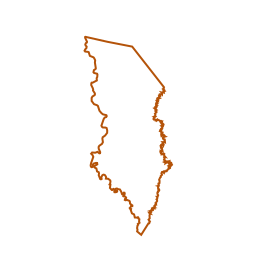 Puerto Guzmán, Putumayo, Colombia, rotated 242°
{"feature_id": "7082276B85477944676343", "entity_name": "Puerto Guzmán", "entity_type": "district", "adm_level": 2, "iso_a3": "COL", "parent_name": "Colombia", "parent_adm1": "Putumayo", "projection": "albers", "projection_center": [-76.142, 0.756], "detail": "fine", "context": "isolated", "style": "outline", "palette": "amber", "viewbox_px": 256, "rotation_deg": 242, "n_neighbors": 0, "source": "geoboundaries", "source_scale": "gbopen_adm2", "svg_char_len": 5781}
<svg xmlns="http://www.w3.org/2000/svg" viewBox="0 0 256 256"><g transform="rotate(242 128 128)"><path d="M32.4,87.5L27.5,89.5L34.2,101.3L33.9,102.0L34.9,103.1L35.5,103.1L35.5,103.4L37.4,103.1L38.0,104.7L40.8,106.0L41.5,106.9L42.0,106.9L41.9,107.2L42.5,107.1L41.9,107.7L42.7,107.6L42.8,108.4L43.3,108.2L43.2,108.7L43.7,108.6L43.8,109.6L44.1,109.3L44.0,109.7L44.5,109.7L44.6,110.8L45.2,111.1L44.6,111.5L45.0,111.6L44.6,111.9L44.7,112.8L45.3,112.9L45.0,113.3L45.6,113.2L45.4,113.8L45.8,113.5L46.2,114.9L46.7,114.8L46.7,115.2L47.6,116.2L47.2,116.8L48.4,117.1L48.2,117.4L49.1,117.9L49.8,119.4L50.6,119.8L51.6,119.7L51.9,120.6L52.8,121.3L53.8,121.2L53.5,121.9L54.5,123.1L55.8,123.0L56.8,123.4L57.1,124.1L57.4,124.0L58.1,124.8L58.3,125.4L58.0,125.9L58.5,126.5L59.6,126.5L59.8,126.2L60.2,126.5L60.5,126.2L61.6,126.7L61.6,126.3L62.4,127.8L62.7,127.5L62.6,128.0L63.8,128.4L64.1,129.1L64.7,129.0L64.7,130.0L66.6,131.1L67.6,131.1L69.1,133.0L69.3,133.9L70.2,134.3L70.7,136.1L72.3,136.2L73.2,137.4L72.9,138.2L72.6,137.6L72.6,138.2L72.1,138.4L72.9,139.3L72.7,139.7L71.9,139.5L72.5,140.4L71.8,141.6L72.3,142.0L72.0,142.6L72.8,143.7L72.9,146.3L73.9,146.7L74.1,147.1L73.6,147.0L74.0,147.3L74.4,146.6L73.9,145.5L74.3,145.5L74.6,146.4L75.5,146.0L75.5,147.3L76.0,147.9L74.6,148.5L74.9,149.6L75.8,149.6L76.1,148.8L77.1,149.7L77.6,149.2L76.5,148.4L76.7,148.2L79.2,149.2L79.2,148.7L77.3,147.4L77.8,147.3L79.4,148.2L79.8,147.9L79.9,147.2L78.9,147.1L79.4,146.3L79.3,144.7L79.7,145.1L80.1,144.7L80.2,145.1L80.8,144.5L80.7,145.5L81.3,145.7L81.8,144.9L82.5,145.3L83.1,144.9L84.0,146.1L85.3,146.1L85.5,147.0L85.2,147.3L86.6,147.0L88.2,147.8L88.4,147.7L88.0,147.4L88.9,145.3L89.4,145.7L89.3,146.3L90.3,145.2L91.1,145.6L90.5,145.8L90.6,146.0L91.5,146.1L92.1,145.8L91.7,145.6L91.9,145.4L92.6,146.0L92.9,145.4L92.5,146.9L92.0,146.4L91.7,147.2L92.0,147.4L91.7,147.7L94.1,148.4L94.7,148.2L95.1,148.5L94.4,148.6L94.6,148.8L95.7,148.4L95.6,148.0L96.9,148.4L96.8,148.9L97.5,149.2L97.6,149.7L97.2,150.0L96.8,149.7L97.2,150.2L96.9,150.7L95.8,150.8L96.6,151.7L97.2,151.5L97.7,151.9L98.0,151.7L97.5,151.3L98.3,151.4L98.3,152.4L99.2,152.1L98.5,153.4L98.9,153.9L98.4,154.1L100.5,155.0L101.0,154.2L101.7,154.0L102.1,154.4L102.5,154.0L103.0,154.2L103.1,155.2L104.0,155.5L103.2,156.0L103.0,156.9L103.6,156.5L104.1,156.7L105.0,156.4L105.3,155.3L105.2,153.8L106.4,154.1L106.7,155.4L107.1,155.2L107.2,155.8L107.7,156.3L107.9,156.0L107.5,155.6L107.6,154.9L108.9,155.6L109.6,155.2L109.8,156.0L110.2,155.9L110.5,155.0L110.9,155.4L110.3,156.0L111.0,156.3L111.0,157.2L111.4,157.4L111.5,156.8L111.8,156.9L111.6,158.1L112.8,158.9L112.7,158.6L113.7,158.4L114.1,158.9L114.2,159.5L113.8,159.9L114.2,160.1L114.5,159.7L114.5,160.5L114.0,160.6L114.5,161.1L115.8,160.7L115.1,160.3L116.0,159.9L116.1,160.3L117.0,160.4L117.8,161.2L118.1,160.4L118.7,160.5L118.9,160.0L118.5,159.5L119.6,159.5L120.8,158.6L121.2,158.1L121.1,157.2L121.8,157.6L121.8,157.0L121.3,156.8L121.7,155.8L122.7,156.0L123.3,154.8L124.0,154.7L124.5,155.3L124.6,154.7L125.2,157.4L125.7,156.9L125.6,157.6L126.2,157.7L126.7,158.4L128.0,158.5L128.6,160.6L129.9,161.1L130.0,160.9L129.3,160.6L130.0,160.1L131.1,160.7L130.9,161.5L132.8,160.7L132.6,161.4L133.1,161.9L132.9,162.3L133.3,162.5L133.3,162.9L133.6,162.8L133.8,163.4L134.1,162.8L134.4,163.7L135.2,163.6L136.2,164.4L136.0,164.9L135.6,164.8L136.3,165.5L136.1,165.8L137.0,166.2L137.1,165.1L138.6,166.8L139.0,166.5L139.1,167.1L138.7,167.3L139.6,167.5L139.0,168.1L139.8,168.4L139.7,169.0L140.2,168.9L139.9,169.6L140.5,169.3L140.9,169.8L140.9,170.7L141.4,170.7L141.0,171.3L141.8,171.5L142.5,171.2L142.9,171.7L142.8,172.0L142.1,172.1L142.3,173.4L141.5,173.7L142.7,174.5L143.6,174.3L142.8,175.2L143.3,176.1L142.8,176.4L143.4,176.6L143.0,176.9L143.4,176.8L143.4,177.5L143.7,177.3L143.7,177.7L144.3,177.9L146.0,177.2L146.1,178.1L146.7,178.3L147.1,178.9L197.9,169.9L213.7,150.4L228.5,133.2L228.5,132.9L227.8,132.5L223.4,132.3L222.8,131.8L222.7,130.6L221.8,129.5L220.7,129.3L219.3,129.7L218.1,128.8L217.5,127.1L216.6,125.9L215.6,126.1L214.0,128.4L213.4,128.9L209.6,128.2L206.6,130.7L205.4,130.9L203.2,130.8L201.3,129.5L195.8,127.6L195.3,127.0L195.1,125.1L193.5,123.7L192.5,123.9L190.4,126.2L189.5,126.1L187.5,124.8L186.7,123.7L184.6,122.8L184.6,118.1L185.1,117.2L184.7,116.6L183.2,115.7L179.7,115.6L178.3,115.3L177.5,114.7L174.6,115.0L173.5,114.8L172.7,114.0L172.5,111.4L171.6,110.0L168.9,108.6L165.0,109.2L162.7,111.3L161.6,111.8L156.7,110.9L153.7,111.5L151.8,112.3L149.5,114.9L148.5,114.8L147.9,113.9L148.2,112.3L147.3,110.7L142.5,105.6L141.1,105.6L140.3,106.0L138.9,108.4L138.0,109.1L135.6,108.5L133.5,107.3L132.1,104.3L131.7,101.3L130.7,100.4L127.3,99.2L126.2,97.6L125.8,94.3L125.0,93.1L123.4,92.4L119.7,92.1L118.9,91.5L119.1,90.8L121.3,89.8L121.5,87.6L123.2,84.8L122.6,83.4L120.7,84.0L118.8,83.8L114.4,79.0L112.6,77.5L111.3,77.1L110.4,77.6L110.3,78.3L110.9,79.2L112.2,79.8L112.7,81.0L112.2,83.4L111.6,84.3L110.3,83.8L110.2,80.9L109.4,79.9L108.3,80.2L107.2,81.1L104.2,80.3L102.7,81.4L101.5,81.1L100.1,80.0L96.0,79.5L95.4,80.0L95.4,80.8L97.2,81.4L98.4,83.4L98.3,84.5L97.5,85.4L95.6,85.7L94.7,85.5L93.7,84.7L92.4,86.7L90.1,87.7L89.2,87.5L87.5,86.3L86.8,85.2L86.1,85.8L83.6,83.9L80.9,84.6L80.6,85.2L81.1,86.0L81.0,86.7L79.4,87.2L78.4,86.1L77.7,85.9L77.3,86.4L76.8,87.9L77.0,88.6L77.6,88.8L78.6,87.7L79.4,87.8L80.1,88.6L79.8,89.8L78.8,90.4L77.5,92.0L75.1,92.1L72.4,91.7L72.1,92.5L72.9,93.9L72.5,94.5L71.8,94.4L71.0,93.8L70.2,91.8L69.8,91.9L69.1,93.1L67.5,93.7L67.0,93.4L66.8,92.1L66.0,91.4L65.4,91.8L64.9,93.4L63.0,95.0L62.3,95.1L60.2,94.3L57.6,95.5L57.0,95.1L57.6,93.9L56.9,93.2L56.5,91.9L55.9,91.8L55.0,92.7L54.1,91.9L50.8,91.4L48.8,92.8L45.8,92.0L44.6,93.9L44.6,94.9L44.0,95.1L43.2,94.7L42.1,95.2L40.3,93.9L38.9,93.7L38.7,91.7L37.8,91.6L37.4,90.6L35.3,89.0L33.6,88.6L32.4,87.5Z" fill="none" stroke="#b45309" stroke-width="2"/></g></svg>